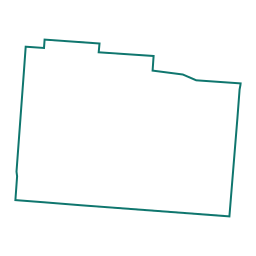 Greene, Ohio, United States of America (Robinson projection)
{"feature_id": "52423323B31889876987005", "entity_name": "Greene", "entity_type": "district", "adm_level": 2, "iso_a3": "USA", "parent_name": "United States of America", "parent_adm1": "Ohio", "projection": "robinson", "projection_center": [-83.906, 39.7], "detail": "fine", "context": "isolated", "style": "outline", "palette": "teal", "viewbox_px": 256, "rotation_deg": 0, "n_neighbors": 0, "source": "geoboundaries", "source_scale": "gbopen_adm2", "svg_char_len": 353}
<svg xmlns="http://www.w3.org/2000/svg" viewBox="0 0 256 256"><path d="M44.6,39.6L44.0,48.0L25.7,46.7L23.8,73.0L16.5,171.6L17.1,176.3L15.4,200.1L43.0,202.2L81.5,205.3L229.4,216.4L237.4,118.3L239.6,89.4L240.4,85.2L240.6,83.4L196.2,80.3L182.8,74.5L152.6,70.6L153.6,56.0L98.7,52.3L99.5,43.5L44.6,39.6Z" fill="none" stroke="#0f766e" stroke-width="2"/></svg>